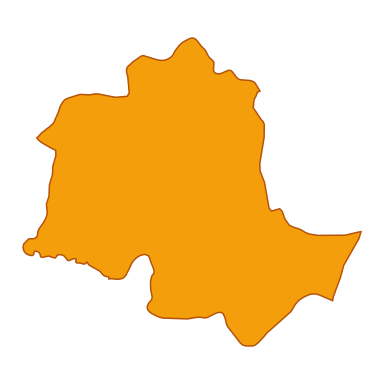 outline of Potaro-Siparuni
{"feature_id": "GUY-672", "entity_name": "Potaro-Siparuni", "entity_type": "Region", "adm_level": 1, "iso_a3": "GUY", "parent_name": "Guyana", "parent_adm1": "", "projection": "mercator", "projection_center": [-59.388, 4.854], "detail": "fine", "context": "isolated", "style": "filled", "palette": "amber", "viewbox_px": 384, "rotation_deg": 0, "n_neighbors": 0, "source": "natural_earth", "source_scale": "10m", "svg_char_len": 3306}
<svg xmlns="http://www.w3.org/2000/svg" viewBox="0 0 384 384"><path d="M32.5,255.5L30.9,255.5L28.8,255.0L25.9,253.6L23.9,250.9L23.0,247.6L23.6,244.2L28.4,239.1L30.0,238.8L33.6,238.7L35.2,238.2L36.9,236.5L37.5,234.9L37.7,233.0L38.1,231.0L39.1,228.8L44.2,221.4L45.7,218.4L46.8,215.3L47.2,211.9L46.4,204.1L49.0,196.1L49.4,185.3L50.7,180.0L52.0,176.7L52.6,173.4L52.8,166.4L55.9,155.5L55.7,150.4L50.7,147.8L42.7,143.3L39.0,140.5L36.7,137.9L38.2,136.7L41.7,132.8L50.2,126.2L52.7,123.9L54.2,122.1L55.0,119.6L58.2,112.7L59.9,107.3L62.0,103.2L63.6,100.9L65.4,99.4L67.3,98.4L79.0,94.7L80.3,94.5L81.5,94.4L89.4,94.9L95.1,93.9L97.9,93.9L114.2,97.1L117.0,97.2L127.3,96.3L129.2,92.8L127.9,77.9L126.5,71.2L126.6,69.2L127.1,67.5L128.1,66.3L133.2,61.6L140.8,56.4L141.9,55.9L142.6,55.7L143.7,55.7L157.1,59.8L159.9,60.3L162.5,60.4L163.7,60.3L165.4,60.0L167.3,59.3L170.4,57.6L172.0,56.2L173.0,54.7L175.4,50.4L178.7,46.1L180.7,44.0L182.5,42.4L189.1,38.8L190.5,38.3L192.3,38.0L193.6,38.2L195.0,38.8L196.3,39.9L197.5,41.1L201.3,46.2L204.8,49.6L205.6,50.7L208.2,55.9L209.1,57.2L210.3,58.4L212.7,60.6L213.6,61.7L213.9,63.0L213.5,69.9L213.6,71.1L214.4,72.3L215.8,73.3L218.2,73.9L219.9,73.8L221.5,73.3L228.0,70.4L229.8,70.3L231.3,70.7L232.1,71.5L236.8,77.7L238.1,78.7L239.4,79.5L240.8,79.8L248.8,80.4L250.7,80.7L252.1,81.1L253.4,81.7L254.5,82.5L255.5,83.7L260.0,91.1L257.4,92.2L256.1,95.9L254.5,98.8L253.9,100.6L253.7,102.6L253.7,104.3L253.6,105.7L252.8,107.0L261.2,119.7L263.2,121.7L264.3,124.6L264.1,137.5L259.8,163.5L260.1,171.0L264.5,182.4L269.0,208.0L271.5,211.1L279.7,208.7L282.3,211.5L284.9,219.1L289.2,225.1L291.8,226.5L292.6,226.9L300.3,229.4L302.2,230.4L303.4,231.3L306.0,232.8L309.7,234.1L318.1,235.4L345.1,235.2L358.3,232.1L361.0,231.7L359.0,238.5L343.7,265.4L340.5,277.3L333.3,296.8L332.6,300.7L324.3,297.1L318.9,294.8L316.1,294.1L314.6,294.0L313.2,294.0L310.3,294.3L308.8,294.8L304.3,296.8L300.6,299.1L298.0,301.2L295.3,304.4L291.7,310.5L290.7,311.8L266.7,333.2L263.3,337.4L258.4,342.5L255.6,344.8L254.4,345.4L253.6,345.8L251.6,346.0L245.6,345.9L243.1,345.2L241.8,344.3L240.2,342.9L228.0,327.1L226.9,325.1L226.3,323.3L225.3,318.7L223.6,314.6L223.1,313.8L222.2,313.0L220.8,312.5L219.8,312.4L218.6,312.4L217.5,312.7L216.2,313.1L208.1,317.1L206.9,317.6L205.5,317.9L204.3,317.9L200.5,317.3L198.0,317.2L187.4,318.9L163.1,318.1L160.5,317.5L157.8,316.5L151.9,313.6L150.5,312.7L149.2,311.5L147.8,309.9L147.3,308.2L147.2,306.5L148.1,304.2L149.1,302.6L151.3,300.0L152.0,298.5L152.1,296.8L150.7,289.2L150.5,281.5L151.2,278.0L152.1,275.5L153.2,274.2L154.0,273.0L154.0,270.7L153.2,267.8L150.7,261.7L149.9,258.8L148.4,255.7L144.5,254.3L140.7,255.4L139.3,256.0L137.9,256.8L136.5,257.8L135.0,259.1L133.1,261.4L132.0,262.9L126.2,274.7L125.4,275.9L124.3,277.1L122.9,278.1L121.1,278.9L117.5,279.3L110.9,278.7L108.8,279.0L108.9,277.3L108.2,276.7L106.1,276.5L104.1,275.8L102.5,274.3L101.1,272.6L99.7,271.1L89.2,265.2L86.8,262.1L85.4,263.7L83.8,264.1L80.0,263.1L79.1,263.0L77.2,263.0L76.4,262.8L75.7,261.6L76.2,259.3L75.4,258.7L73.1,258.7L69.6,260.4L68.0,260.5L67.0,259.6L64.4,256.2L62.8,255.2L61.0,254.8L59.0,254.7L57.2,255.2L56.4,256.7L55.4,257.9L53.2,257.6L48.9,256.1L45.4,256.6L42.6,257.4L40.7,256.9L39.8,253.6L38.8,252.3L36.9,251.3L34.9,251.2L34.0,252.7L33.6,254.7L32.5,255.5Z" fill="#f59e0b" stroke="#b45309" stroke-width="1.5"/></svg>